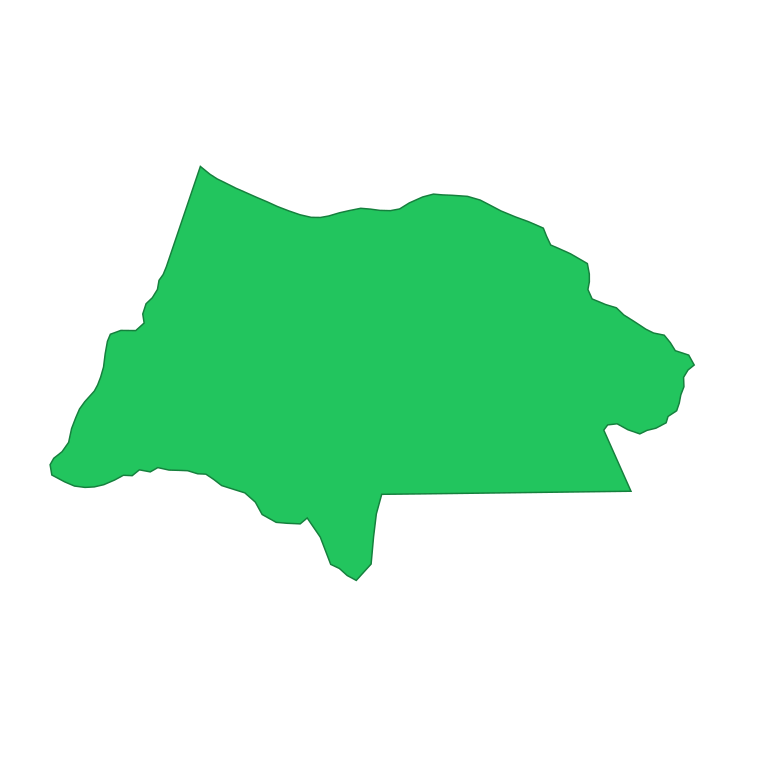 São Francisco do Conde, Bahia, Brazil (Equal Earth projection), rotated 111°
{"feature_id": "56859067B62288498634856", "entity_name": "São Francisco do Conde", "entity_type": "district", "adm_level": 2, "iso_a3": "BRA", "parent_name": "Brazil", "parent_adm1": "Bahia", "projection": "equal_earth", "projection_center": [-38.631, -12.644], "detail": "fine", "context": "isolated", "style": "filled", "palette": "green", "viewbox_px": 768, "rotation_deg": 111, "n_neighbors": 0, "source": "geoboundaries", "source_scale": "gbopen_adm2", "svg_char_len": 1755}
<svg xmlns="http://www.w3.org/2000/svg" viewBox="0 0 768 768"><g transform="rotate(111 384 384)"><path d="M530.3,339.0L508.0,344.6L487.8,346.6L472.9,309.0L395.6,115.0L348.3,162.3L342.0,160.5L337.6,152.1L339.3,139.9L338.9,127.3L333.0,121.8L327.8,114.3L319.1,106.7L312.5,107.2L304.1,101.2L296.1,101.5L287.8,103.0L279.1,103.0L270.4,106.7L262.0,105.2L255.1,101.2L247.8,109.9L248.5,124.0L242.8,131.5L238.0,139.9L239.8,150.6L239.0,159.2L236.3,171.4L233.6,184.9L229.6,194.3L230.4,205.6L230.0,220.2L222.7,227.5L215.0,228.9L207.8,231.7L198.7,237.3L195.6,256.5L194.9,268.7L194.5,278.2L187.9,285.1L181.4,291.1L180.7,306.7L180.9,321.3L180.5,336.8L178.8,351.2L177.8,360.1L178.9,373.3L183.4,388.0L186.5,397.2L189.0,405.9L195.5,414.9L205.9,425.3L215.0,432.2L219.9,440.2L223.4,450.1L225.6,459.4L228.3,468.7L234.5,478.5L240.1,486.9L247.0,495.9L251.3,503.0L254.5,511.7L256.1,523.1L256.5,535.1L256.5,547.0L255.8,558.3L255.4,569.8L254.7,583.4L254.3,592.4L253.2,603.5L252.3,613.4L250.5,621.9L246.7,633.4L352.5,629.2L360.9,629.4L367.8,631.2L376.9,629.4L386.5,631.2L394.3,634.9L405.1,634.3L413.0,629.8L423.1,634.9L428.3,648.9L435.6,657.3L443.3,657.5L455.8,655.1L468.7,651.9L479.1,651.0L487.5,651.0L494.4,651.9L507.7,657.0L516.4,659.3L525.8,659.7L537.6,659.7L551.5,657.5L562.6,660.3L571.7,665.7L579.0,666.8L588.0,661.5L589.8,647.1L590.2,636.4L587.7,626.1L583.9,617.6L578.4,609.5L570.2,601.1L562.6,594.6L559.8,586.2L551.8,581.6L549.8,570.7L543.1,565.2L541.4,553.9L538.0,544.2L535.3,536.2L534.6,525.8L532.0,518.0L534.2,508.5L537.0,499.2L536.2,486.0L535.5,474.9L540.4,461.8L549.5,451.0L551.8,435.1L548.8,424.7L544.6,412.1L536.6,407.7L549.8,388.6L571.5,369.1L572.2,359.6L576.0,349.7L577.3,339.5L556.7,331.5L530.3,339.0Z" fill="#22c55e" stroke="#15803d" stroke-width="1.5"/></g></svg>